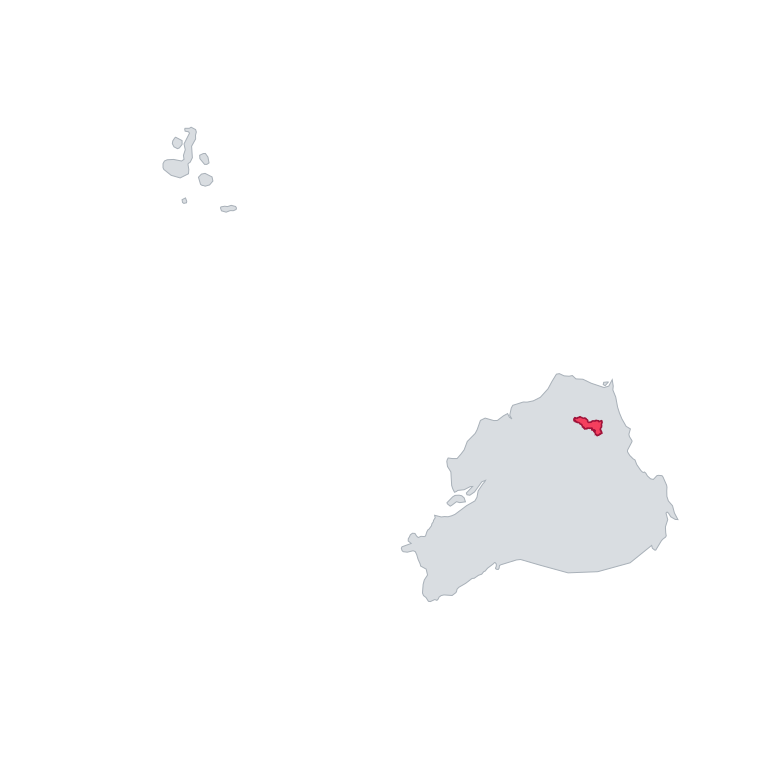 Cotacachi, Imbabura, Ecuador (highlighted), rotated 38°
{"feature_id": "8360857B15521483188159", "entity_name": "Cotacachi", "entity_type": "district", "adm_level": 2, "iso_a3": "ECU", "parent_name": "Ecuador", "parent_adm1": "Imbabura", "projection": "natural_earth1", "projection_center": [-78.573, 0.395], "detail": "fine", "context": "in_parent", "style": "filled", "palette": "rose", "viewbox_px": 768, "rotation_deg": 38, "n_neighbors": 0, "source": "geoboundaries", "source_scale": "gbopen_adm2", "svg_char_len": 7961}
<svg xmlns="http://www.w3.org/2000/svg" viewBox="0 0 768 768"><g transform="rotate(38 384 384)"><path d="M699.1,309.9L696.9,311.4L691.7,312.1L687.6,310.6L685.9,310.6L685.7,312.1L691.1,316.2L693.7,323.3L697.5,327.7L699.9,329.9L700.1,331.4L699.3,334.3L699.1,336.7L700.4,347.6L699.6,348.2L696.6,348.2L694.3,346.4L688.0,373.4L668.0,400.3L645.3,419.5L619.0,430.5L599.7,438.2L596.7,441.1L587.3,454.6L586.8,456.0L588.1,458.3L588.2,459.8L586.8,460.7L585.6,460.8L585.1,460.1L584.7,458.5L583.4,456.8L581.9,456.3L581.0,456.7L580.9,458.2L579.0,465.5L578.9,469.1L578.1,470.5L578.1,473.7L576.2,476.6L574.7,481.5L573.1,483.0L571.1,490.7L568.1,498.2L567.9,500.8L568.8,502.6L569.1,504.1L567.9,508.7L561.1,513.3L559.3,515.5L558.6,518.0L559.1,520.2L558.9,521.9L556.7,522.6L554.5,526.9L552.8,527.9L548.6,526.4L545.4,526.4L543.0,525.0L538.2,517.8L536.4,513.6L535.9,507.7L531.2,503.9L525.0,504.9L523.2,503.5L518.7,501.1L514.8,498.3L511.8,496.8L509.6,497.5L505.9,502.2L502.4,504.3L500.9,504.2L498.8,502.8L498.4,501.2L503.6,492.9L499.7,492.8L498.4,491.0L498.2,488.9L497.6,486.7L498.3,484.1L500.4,482.7L503.4,483.8L505.5,483.9L506.9,481.3L509.7,479.4L510.3,478.2L508.8,474.2L508.4,472.0L508.8,470.7L508.7,466.4L507.8,464.7L507.7,462.3L507.0,461.0L506.7,457.9L504.7,456.3L511.0,453.5L513.3,451.2L516.2,449.2L518.6,446.0L520.2,443.0L524.0,429.0L527.6,420.2L527.0,416.0L524.0,410.3L523.4,401.9L523.6,399.3L523.3,397.4L521.3,400.9L521.8,413.3L520.1,418.8L517.6,420.2L516.0,419.2L516.9,410.2L515.1,411.8L512.3,417.9L507.6,422.5L507.3,424.0L506.2,425.9L502.6,424.2L499.8,422.3L490.8,412.1L484.8,409.9L481.2,406.4L480.5,404.9L480.1,402.8L483.7,400.7L487.5,397.8L487.8,391.4L487.7,386.5L485.0,378.0L486.3,366.8L485.5,362.5L482.4,353.3L484.7,348.6L493.1,345.2L495.8,342.9L497.7,335.6L499.6,331.2L503.3,333.0L506.3,332.8L502.3,331.2L499.1,324.6L498.6,321.5L504.8,312.5L508.0,310.1L512.0,305.4L515.4,298.2L516.2,286.8L514.8,278.7L513.8,270.1L515.8,267.9L520.9,266.7L525.1,263.9L527.2,261.4L532.1,261.8L537.8,257.8L546.9,255.8L559.6,251.3L562.4,247.3L561.2,240.1L565.9,244.5L568.0,247.8L574.6,251.6L582.3,258.4L587.4,261.9L592.9,265.0L600.9,268.3L605.8,267.7L607.9,272.8L609.7,274.3L614.3,276.0L614.9,276.7L616.6,286.1L617.6,287.5L621.6,289.0L626.5,289.6L628.5,289.3L632.8,291.9L639.5,294.0L641.9,294.3L643.0,293.9L643.4,293.0L645.3,293.1L648.2,294.3L652.4,294.6L655.0,293.4L655.5,288.2L656.5,287.0L659.5,285.1L661.1,285.5L668.9,289.7L670.5,291.1L672.5,294.0L676.1,298.4L680.1,301.1L686.3,302.3L692.2,306.8L699.1,309.9ZM82.3,304.0L84.7,306.9L86.0,315.1L93.7,323.7L94.7,328.5L94.0,330.8L94.4,331.7L98.1,335.1L100.5,338.7L96.5,347.1L87.8,350.6L78.5,350.5L76.7,349.6L74.2,346.4L73.7,343.5L75.1,340.8L79.9,336.6L87.2,332.9L88.1,330.1L85.2,327.3L83.2,321.8L78.6,317.9L76.3,306.1L74.7,305.6L71.6,307.2L70.0,305.8L69.8,305.0L73.2,302.3L73.9,300.4L78.9,299.5L81.0,301.0L82.3,304.0ZM118.5,339.5L116.5,339.6L110.5,335.3L110.9,331.0L113.3,328.2L121.0,326.7L124.2,329.4L124.0,334.5L121.3,338.2L119.2,338.9L118.5,339.5ZM512.1,437.8L511.4,439.5L507.7,439.4L506.7,438.8L507.6,430.6L508.6,428.0L511.6,425.4L514.1,424.2L517.3,424.4L520.7,426.7L516.7,430.9L513.6,432.1L512.1,437.8ZM76.4,325.7L72.5,326.4L69.2,324.9L67.9,322.5L67.6,319.0L67.9,317.8L75.0,316.5L77.4,319.5L77.4,323.9L76.4,325.7ZM153.8,345.8L149.3,347.6L146.7,345.9L146.5,344.8L149.0,342.0L151.5,340.5L153.6,337.3L157.7,335.5L158.9,335.9L159.6,336.5L160.0,337.6L158.6,340.2L156.1,342.0L153.8,345.8ZM109.2,320.0L107.4,321.4L100.2,319.8L97.9,317.2L99.7,313.7L101.3,312.3L105.6,313.6L110.0,317.5L109.2,320.0ZM115.1,364.9L113.5,365.0L111.4,363.1L113.0,359.6L116.0,361.4L116.8,362.8L115.1,364.9ZM559.3,249.2L557.1,249.5L556.1,247.4L558.7,244.9L559.6,244.4L559.3,249.2Z" fill="#d9dde1" stroke="#a8b0b8" stroke-width="1"/><path d="M586.0,288.5L585.7,288.4L585.5,288.2L585.4,288.1L584.9,287.7L584.5,287.6L584.2,287.4L583.9,287.2L583.5,287.0L583.4,287.0L583.3,286.9L583.0,286.9L583.0,287.0L582.9,286.9L582.7,286.9L582.7,286.7L582.4,286.5L582.2,286.0L581.9,285.7L581.9,285.4L581.9,285.1L581.8,284.7L581.7,284.5L581.7,284.3L581.9,284.1L581.9,283.9L581.4,283.4L581.3,283.1L581.1,283.0L581.1,282.8L581.0,282.7L580.6,282.4L580.3,282.2L580.2,282.0L580.2,281.8L580.1,281.6L579.9,281.4L579.8,281.1L579.8,280.6L579.7,280.4L579.6,280.1L579.3,280.0L579.4,279.9L579.3,279.7L579.1,279.7L578.9,279.5L578.8,279.4L578.6,279.3L578.5,279.1L578.3,279.0L578.2,278.9L577.9,279.0L577.8,279.4L577.5,279.6L577.4,279.9L577.1,280.2L577.0,280.5L576.8,281.0L576.7,280.9L576.5,281.0L576.3,281.3L576.2,281.3L576.1,281.2L575.8,281.0L575.6,280.9L575.4,281.0L574.9,281.4L574.7,281.6L574.4,281.7L574.1,281.7L574.0,281.8L573.5,282.1L573.3,282.4L573.4,282.8L572.9,282.9L572.8,283.3L572.7,283.6L572.5,283.8L571.9,284.1L571.5,284.2L571.2,284.6L571.1,284.8L570.9,284.9L570.9,285.0L570.8,285.4L570.9,285.5L570.6,285.9L570.7,286.1L570.6,286.3L570.7,286.5L570.3,287.0L570.1,287.0L569.9,287.3L569.6,287.4L569.5,287.7L569.0,288.2L568.9,288.3L568.7,288.2L568.4,288.4L568.2,288.4L567.9,288.3L567.3,288.0L567.2,287.5L567.1,287.4L566.6,287.1L566.1,287.1L565.9,287.1L565.5,287.2L564.9,287.1L564.6,286.9L564.3,287.2L564.1,287.2L563.8,287.2L563.6,287.0L563.4,287.0L563.0,287.2L562.6,287.9L562.2,288.2L561.5,288.5L561.2,288.7L560.5,288.6L559.8,289.0L559.5,289.0L558.8,289.2L558.7,289.1L558.5,289.3L558.7,289.5L558.6,289.8L558.4,289.9L558.3,290.2L558.2,290.3L557.9,290.4L557.7,290.8L557.5,291.2L557.4,291.2L557.3,291.4L557.4,291.6L557.5,291.7L557.4,292.0L557.2,292.0L557.0,291.9L556.9,292.0L556.8,292.3L556.6,292.5L556.3,292.7L556.4,292.9L556.3,293.2L556.2,293.3L556.0,293.5L555.8,293.5L555.7,293.4L555.5,293.2L555.4,293.1L555.3,292.9L555.1,293.0L555.1,293.3L555.2,293.5L555.1,293.8L555.1,294.1L555.2,294.4L555.2,294.8L555.4,295.0L555.5,295.1L555.7,295.3L556.0,295.4L556.1,295.6L556.3,295.4L556.4,295.5L556.5,295.7L556.9,295.3L557.1,295.2L557.1,295.4L557.1,295.5L557.3,295.6L557.5,295.7L557.5,295.9L557.8,296.0L558.1,295.9L558.2,295.6L558.3,295.6L558.5,295.3L558.7,295.2L558.7,295.3L558.9,295.5L559.1,295.5L559.8,295.4L560.1,295.2L560.3,295.2L560.5,294.9L560.7,294.7L561.0,294.7L561.3,294.5L561.6,294.5L561.8,294.4L562.2,294.3L562.5,294.5L563.1,294.8L563.4,294.8L563.7,294.5L563.8,294.5L563.9,294.4L564.0,294.4L564.3,294.2L564.5,294.3L564.8,294.5L564.9,294.4L565.0,294.5L565.2,294.4L565.4,294.6L565.5,294.6L566.0,295.0L566.3,295.1L566.6,295.3L566.9,295.3L567.0,295.5L567.1,295.4L567.4,295.4L567.4,295.2L567.6,295.2L567.8,295.1L568.0,295.1L568.0,295.5L568.3,295.7L568.6,295.5L568.8,295.6L569.0,295.4L569.1,295.5L569.3,295.5L569.5,295.8L569.8,295.9L569.9,295.7L570.0,295.7L570.2,295.4L570.3,295.4L570.4,295.2L570.5,295.1L570.9,294.5L571.0,294.6L571.3,294.6L571.5,294.5L571.5,294.3L571.5,294.1L571.4,293.7L571.6,293.7L571.8,293.4L571.9,293.2L572.0,293.0L572.3,292.8L572.5,292.8L572.9,292.4L573.1,292.5L573.3,292.4L573.3,292.2L573.5,292.0L573.6,291.9L573.8,291.9L573.9,291.7L574.0,291.7L574.3,291.4L574.4,291.2L574.5,291.1L574.7,290.9L574.9,291.0L575.2,290.7L575.4,290.7L575.5,291.1L575.4,291.4L575.2,291.4L575.2,291.5L575.3,291.6L575.7,291.8L575.8,291.9L575.9,292.2L576.0,292.2L576.4,292.2L576.5,292.0L576.8,291.7L576.9,291.4L577.0,291.4L577.2,291.2L577.3,291.3L577.4,291.2L577.4,291.3L577.5,291.3L577.8,291.5L578.1,291.3L578.0,291.8L578.2,292.0L578.3,292.1L578.6,292.1L578.9,292.0L578.9,291.9L579.0,292.0L579.1,291.8L579.2,291.7L579.3,291.5L579.4,291.3L579.5,291.5L579.4,291.6L579.6,291.9L579.8,292.3L580.1,292.5L580.3,292.5L580.6,292.6L580.9,292.8L581.1,292.9L581.2,293.0L581.3,293.0L581.5,293.2L581.8,293.3L582.0,293.3L582.0,293.5L582.3,293.3L582.4,293.2L582.6,293.2L582.8,293.1L583.3,293.2L583.4,293.5L583.6,293.5L583.8,293.5L583.9,293.4L584.0,293.1L584.0,292.9L584.3,292.6L584.5,292.4L584.4,292.2L584.6,292.1L584.8,291.6L585.0,291.4L585.0,291.1L584.9,290.8L584.8,290.7L585.0,290.4L584.9,290.4L585.1,290.3L585.0,290.2L585.2,289.9L585.3,289.9L585.2,289.7L585.3,289.6L585.4,289.4L585.3,289.1L585.5,289.0L585.6,288.8L585.8,288.7L586.0,288.6L586.0,288.5Z" fill="#f43f5e" stroke="#9f1239" stroke-width="1.5"/></g></svg>